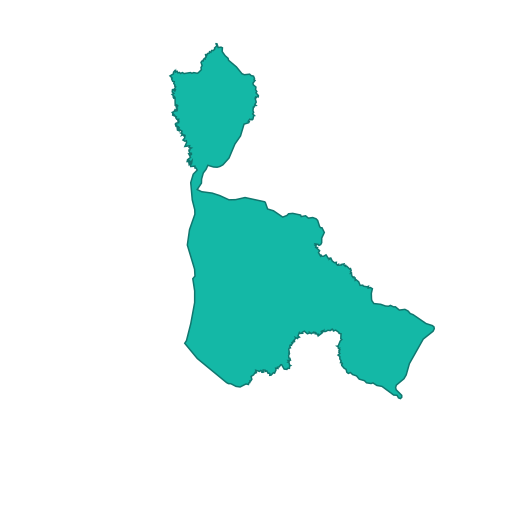 outline of Nikhom Nam Un, Sakon Nakhon, Thailand, rotated 236°
{"feature_id": "78962969B87350252424765", "entity_name": "Nikhom Nam Un", "entity_type": "district", "adm_level": 2, "iso_a3": "THA", "parent_name": "Thailand", "parent_adm1": "Sakon Nakhon", "projection": "orthographic", "projection_center": [103.748, 17.175], "detail": "fine", "context": "isolated", "style": "filled", "palette": "teal", "viewbox_px": 512, "rotation_deg": 236, "n_neighbors": 0, "source": "geoboundaries", "source_scale": "gbopen_adm2", "svg_char_len": 6147}
<svg xmlns="http://www.w3.org/2000/svg" viewBox="0 0 512 512"><g transform="rotate(236 256 256)"><path d="M453.2,289.4L453.4,285.4L450.4,286.0L450.1,285.1L447.4,284.6L446.2,285.7L445.0,284.3L443.1,284.4L442.3,283.6L441.2,284.0L439.9,281.5L438.9,282.2L438.1,280.9L440.5,280.4L440.6,279.7L438.9,278.3L436.7,278.8L436.9,276.8L433.4,277.5L432.8,277.1L433.7,276.2L432.7,276.1L432.2,277.2L426.0,273.2L425.1,273.5L426.0,274.2L425.7,274.8L424.2,275.1L423.9,273.2L422.6,273.5L422.3,272.0L421.2,272.5L420.6,271.8L421.3,270.2L422.4,270.4L421.6,268.8L421.9,266.8L419.2,267.0L420.1,266.3L419.4,265.7L416.0,267.8L415.5,266.8L413.7,266.8L412.6,268.3L411.9,266.9L410.9,267.4L410.8,266.5L409.8,266.4L410.8,264.2L410.5,262.9L408.6,262.3L408.7,263.3L407.4,262.6L406.7,263.9L405.2,264.1L404.7,263.2L405.7,263.3L405.9,262.1L404.3,261.3L402.5,262.5L402.7,263.1L403.6,262.8L403.4,263.4L400.9,264.4L399.7,263.1L399.9,262.5L398.5,263.3L397.6,261.8L397.4,263.1L396.2,263.3L396.6,264.0L395.7,264.6L393.6,262.6L393.0,260.3L390.9,261.3L390.5,262.7L388.8,261.9L386.6,258.3L384.5,262.6L383.4,261.2L381.7,262.8L381.8,261.2L380.9,260.5L381.3,259.6L379.8,258.9L377.8,259.0L377.3,259.9L376.3,259.3L376.3,257.8L377.6,258.2L378.3,257.4L374.4,256.9L374.1,253.4L372.6,253.9L373.5,252.5L372.8,251.7L371.3,253.8L371.2,252.7L369.3,251.8L370.8,256.2L368.7,254.3L368.0,252.4L366.7,251.9L364.6,255.6L363.1,254.6L362.3,255.5L360.1,255.3L358.9,249.7L353.3,242.9L338.1,234.5L328.6,231.1L324.8,228.7L315.1,215.7L303.5,205.2L279.4,197.7L273.5,194.2L272.5,190.9L261.3,185.6L251.7,179.1L236.4,164.1L224.7,151.0L223.5,148.1L203.8,150.0L167.5,160.8L165.6,161.8L164.1,163.8L159.1,166.5L156.3,169.6L155.5,176.1L153.7,177.9L154.8,179.1L154.5,180.1L155.8,181.0L155.3,181.6L156.1,183.6L158.9,184.6L158.8,187.5L159.7,189.7L159.2,190.2L159.9,190.6L159.4,191.2L161.4,191.9L158.3,194.4L158.4,196.0L156.8,196.4L156.3,195.9L155.7,196.7L155.6,197.5L156.1,197.0L157.5,198.2L156.1,199.8L155.0,199.5L154.7,200.7L152.0,200.4L151.5,201.4L150.4,201.6L149.4,200.7L148.8,201.8L149.5,205.2L148.5,205.9L150.3,208.8L152.0,209.5L150.5,211.3L151.7,211.6L151.1,213.3L152.0,215.7L151.6,216.3L152.2,216.5L146.5,216.1L144.7,218.2L145.2,219.3L144.2,220.9L146.0,222.3L145.8,223.5L147.1,222.9L149.1,223.8L150.1,223.1L150.1,224.5L151.5,224.2L150.4,226.3L152.3,226.9L153.2,226.2L155.5,227.6L156.3,229.1L157.2,228.9L157.5,229.7L160.4,231.0L161.0,232.0L160.6,233.2L162.4,233.6L163.0,234.5L162.2,235.4L162.8,235.7L163.0,237.4L164.1,237.4L163.5,240.1L164.4,240.6L164.8,240.0L165.6,243.0L166.4,243.1L164.4,244.3L164.9,245.0L164.5,246.6L166.2,246.1L168.3,249.1L167.3,249.1L165.9,251.4L166.8,251.5L166.7,254.0L162.8,255.1L162.2,257.2L162.9,257.6L160.7,258.4L160.6,261.3L159.8,261.0L159.4,262.3L158.4,261.8L158.5,262.7L156.3,262.9L156.2,263.7L155.0,263.0L155.2,267.5L157.0,267.9L156.7,269.5L155.8,269.2L156.2,270.5L155.5,270.0L154.5,271.5L154.2,274.1L152.6,275.9L152.6,277.3L153.4,277.8L152.7,277.7L152.5,278.5L150.5,278.3L150.0,280.6L146.2,282.0L145.4,281.6L144.0,283.0L140.1,280.1L138.8,280.4L138.4,278.2L135.4,273.8L135.9,272.8L134.7,273.3L133.4,272.7L132.8,273.7L132.4,273.0L131.3,273.1L131.3,272.0L130.0,271.7L130.0,270.9L128.3,271.0L128.0,268.6L125.8,269.3L123.7,267.9L121.6,268.0L120.3,266.4L119.5,267.3L118.3,267.3L118.2,266.3L117.3,265.9L113.6,266.3L111.7,267.3L108.9,266.3L107.0,266.9L106.6,269.1L103.7,269.8L100.4,272.3L96.2,272.7L92.0,276.2L89.1,276.7L85.9,280.1L85.4,282.0L81.1,283.8L77.5,287.5L63.7,292.4L61.7,295.0L58.7,294.8L57.0,296.0L57.4,297.9L59.0,298.9L66.7,297.4L68.9,298.2L70.5,300.2L71.5,310.0L73.4,314.0L81.0,323.0L93.6,348.2L94.6,360.7L96.0,363.1L97.7,363.9L99.7,363.3L104.9,359.2L119.6,353.4L122.0,351.7L125.4,351.3L128.5,349.6L131.0,344.6L135.9,343.2L136.9,341.6L139.9,339.8L140.2,337.8L142.1,335.4L146.2,332.4L150.7,327.1L154.4,327.1L156.2,328.0L160.5,330.7L163.8,334.2L165.9,333.2L166.7,331.1L168.0,332.3L168.3,330.9L170.9,328.2L172.1,328.2L173.4,325.9L177.2,326.7L180.4,325.7L180.4,324.7L182.4,325.9L183.5,324.7L184.0,325.3L184.3,324.5L186.1,324.4L188.3,325.5L188.7,324.8L189.0,325.8L190.1,325.5L190.8,326.8L192.7,327.3L192.7,326.4L196.9,325.5L197.3,324.5L198.2,325.0L198.4,324.0L199.6,323.9L200.2,324.6L201.3,322.0L200.8,321.7L202.3,319.1L202.9,319.6L202.9,318.4L204.8,318.2L205.8,319.1L206.7,317.2L209.4,316.4L212.0,316.8L212.3,315.3L212.8,316.2L213.5,314.6L217.8,314.7L218.0,311.9L218.9,310.5L220.3,310.4L219.8,309.5L223.9,309.7L224.8,311.7L228.7,310.7L228.8,311.4L229.8,310.3L230.6,311.3L232.0,311.0L231.6,312.1L232.8,312.0L230.9,314.0L229.6,314.1L229.3,316.0L230.3,317.9L234.1,320.5L237.3,325.8L242.5,326.5L243.3,325.4L244.8,325.2L251.0,327.0L253.3,326.6L256.2,324.5L258.1,320.6L261.6,319.6L263.4,315.5L265.0,315.9L270.8,310.3L272.8,306.6L272.3,304.3L273.3,299.9L283.7,295.8L288.5,291.9L295.3,293.7L296.2,293.4L310.6,279.6L314.1,270.6L317.7,265.0L326.1,259.9L332.6,254.9L339.7,246.9L344.0,244.4L346.9,251.5L350.3,254.0L354.3,258.7L355.8,263.1L358.1,266.8L353.5,270.6L351.3,273.5L350.4,276.2L350.1,279.6L352.3,288.4L360.6,301.1L364.2,310.3L372.0,319.8L370.6,324.5L371.2,325.6L372.1,325.0L372.9,327.3L372.0,327.7L372.0,329.1L371.7,328.5L371.1,328.8L371.2,330.0L373.6,332.5L373.3,333.2L375.7,332.7L376.4,334.4L378.1,334.7L380.9,337.1L380.5,337.5L381.4,338.9L380.8,340.2L382.3,339.8L383.4,342.2L387.3,343.5L387.9,344.5L387.1,344.6L387.4,346.3L386.7,346.9L387.7,347.7L391.3,347.2L391.9,348.7L394.1,348.6L396.1,350.4L399.4,349.5L401.0,350.1L402.1,353.4L403.2,352.9L404.0,354.0L406.5,354.5L408.4,352.8L410.3,352.4L412.8,347.7L415.0,346.3L423.7,345.5L433.6,342.7L435.5,343.4L439.3,342.4L444.4,342.3L447.4,344.6L448.7,343.8L450.0,341.2L453.8,342.3L454.8,341.1L453.8,341.7L452.1,340.9L451.6,337.9L450.7,337.6L450.2,335.6L451.2,334.1L450.1,332.4L451.3,331.7L450.3,330.6L450.9,329.3L450.0,327.5L450.7,327.8L451.2,326.8L448.7,325.7L448.6,324.3L447.9,324.0L448.6,323.5L448.3,322.2L447.3,321.4L447.9,320.5L447.3,318.7L444.0,317.8L443.0,315.8L441.0,314.9L440.2,310.7L440.3,309.5L442.9,306.9L443.3,305.0L444.7,304.3L447.5,298.3L449.2,297.6L449.5,295.5L451.0,295.2L451.5,293.7L453.3,293.9L453.5,292.3L454.4,292.8L454.1,292.2L455.0,292.2L454.5,290.4L453.2,289.4Z" fill="#14b8a6" stroke="#0f766e" stroke-width="1.5"/></g></svg>